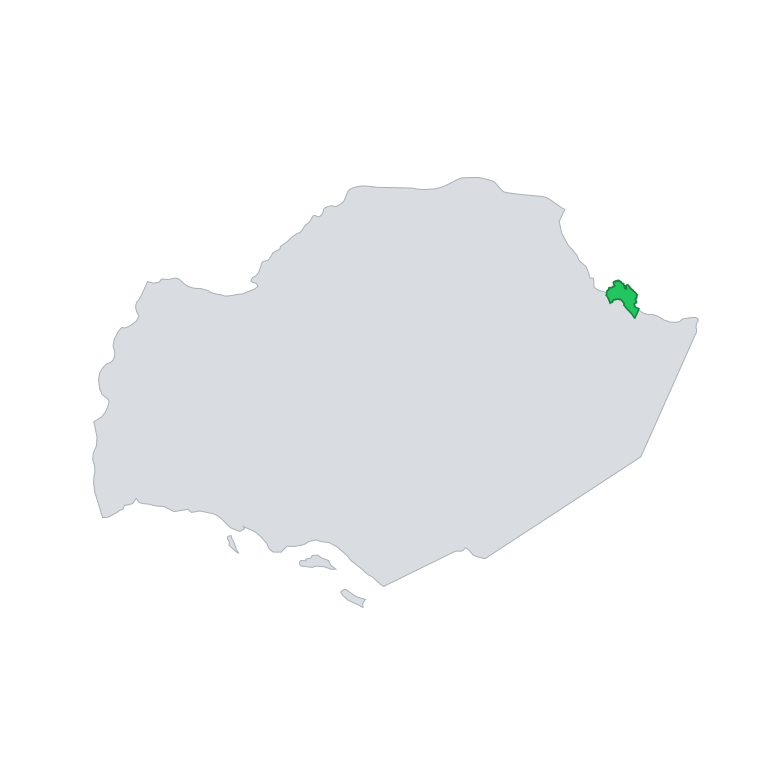 Ngara, Kagera, United Republic of Tanzania shown in context, rotated 114°
{"feature_id": "72390352B68533256720623", "entity_name": "Ngara", "entity_type": "district", "adm_level": 2, "iso_a3": "TZA", "parent_name": "United Republic of Tanzania", "parent_adm1": "Kagera", "projection": "natural_earth1", "projection_center": [30.671, -2.626], "detail": "fine", "context": "in_parent", "style": "filled", "palette": "green", "viewbox_px": 768, "rotation_deg": 114, "n_neighbors": 0, "source": "geoboundaries", "source_scale": "gbopen_adm2", "svg_char_len": 8372}
<svg xmlns="http://www.w3.org/2000/svg" viewBox="0 0 768 768"><g transform="rotate(114 384 384)"><path d="M300.5,534.6L293.5,530.4L287.3,527.8L282.1,524.9L279.8,522.2L275.0,521.1L270.8,520.6L266.9,518.1L259.0,517.1L258.1,515.4L258.0,511.6L256.6,510.6L253.7,509.6L250.6,509.7L248.7,510.2L247.6,509.9L245.0,507.7L242.6,504.8L241.7,500.3L238.0,497.3L233.8,495.0L222.2,495.3L220.4,494.6L217.6,492.3L214.4,488.4L211.7,484.1L209.5,478.2L207.1,470.2L193.7,438.4L192.3,432.4L189.7,425.7L185.5,417.6L180.9,411.5L174.8,406.0L167.8,400.5L164.0,396.8L156.9,381.8L155.4,374.8L154.3,367.6L154.7,364.6L159.2,355.3L159.7,352.6L159.1,349.1L156.9,341.6L154.1,332.6L148.4,316.1L147.6,312.0L147.7,308.9L151.0,292.1L150.9,289.8L164.3,290.1L174.1,282.8L182.6,271.8L184.3,267.3L187.8,260.3L191.2,256.8L192.5,254.3L194.5,247.3L198.9,242.6L203.3,238.9L202.4,236.4L203.0,235.4L205.4,233.6L210.0,231.8L210.9,228.2L210.9,224.0L210.2,221.7L210.3,219.0L209.6,217.5L206.6,217.2L202.1,215.1L198.3,214.2L195.8,213.0L194.8,212.1L194.4,209.6L196.5,203.2L194.4,200.6L199.1,190.0L200.0,188.7L201.6,188.5L204.3,187.4L206.8,186.9L208.9,187.3L210.4,186.8L211.7,185.7L212.8,182.1L213.7,176.0L213.2,171.1L211.3,167.4L210.7,161.6L211.6,153.8L211.0,147.4L208.8,142.3L206.7,139.2L203.3,137.8L198.0,129.9L196.4,126.1L196.7,123.7L198.5,122.7L201.9,123.1L205.0,122.2L208.0,120.0L210.9,119.4L212.4,119.7L346.0,119.7L502.2,220.5L502.8,221.7L504.1,230.4L503.8,233.4L501.4,238.4L500.7,241.0L500.6,242.8L501.2,243.5L503.3,243.8L505.0,245.0L505.6,245.9L507.0,249.7L508.7,251.6L567.9,301.0L569.2,301.8L568.4,305.9L565.0,316.0L564.8,320.2L563.5,325.1L562.2,328.4L558.7,342.6L555.8,347.9L551.9,360.3L551.2,369.8L553.4,376.4L554.1,382.7L558.7,388.8L562.3,391.0L564.8,393.8L569.1,400.2L571.6,406.6L579.5,409.7L582.6,416.9L581.4,421.8L577.7,425.9L574.3,432.5L571.5,441.3L571.4,454.6L573.2,452.5L577.4,455.8L577.8,465.6L573.5,477.0L572.1,482.4L571.9,487.0L574.9,500.6L579.6,507.6L579.2,509.8L578.0,511.6L586.0,523.9L585.3,534.7L588.2,543.0L589.5,550.2L591.4,555.8L591.8,559.6L589.3,563.9L595.2,564.9L598.6,568.4L600.2,571.7L604.4,571.6L606.7,573.8L610.0,575.7L617.3,581.3L619.3,584.1L620.4,586.8L600.2,604.4L592.8,608.9L587.6,611.0L582.1,612.2L576.8,614.9L571.7,619.3L565.3,621.5L557.6,621.5L549.4,624.5L536.5,633.7L529.0,628.6L523.1,627.0L516.4,627.2L512.3,627.8L510.8,628.9L509.5,632.0L508.4,637.1L503.9,641.9L496.1,646.6L488.9,648.3L482.4,647.2L478.0,645.2L475.7,642.5L472.3,641.3L467.8,641.5L463.5,643.4L459.3,647.1L452.7,648.6L443.7,648.1L438.9,646.4L438.2,643.3L434.3,639.8L427.1,635.7L421.7,635.6L418.3,639.5L415.2,642.0L412.3,643.0L409.8,643.1L406.1,642.1L396.2,641.6L386.7,641.8L385.8,636.1L383.8,632.7L382.1,630.6L378.9,630.1L378.0,628.5L376.9,625.0L375.3,622.0L373.2,619.5L371.9,617.2L371.5,615.1L371.8,612.8L373.8,607.0L374.5,603.0L374.2,598.9L373.2,594.7L371.0,589.8L371.2,588.3L370.5,585.0L370.4,582.6L370.8,579.6L370.4,575.7L368.5,567.4L368.5,565.3L366.5,561.3L360.2,551.8L359.9,550.6L350.1,541.0L346.1,538.9L344.7,540.7L344.2,542.4L344.6,545.4L344.3,546.9L343.9,547.6L341.6,547.5L340.1,547.2L336.4,544.6L333.5,544.0L326.3,544.4L323.7,545.0L321.7,544.5L317.9,540.1L313.4,539.2L309.4,538.9L302.8,533.9L300.5,534.6ZM580.7,374.9L583.9,385.4L583.4,387.4L581.1,388.6L579.9,388.7L578.5,387.0L577.5,383.5L575.8,384.3L572.8,380.1L569.9,379.9L567.3,374.8L568.3,370.4L567.8,362.9L571.0,359.1L572.8,352.6L574.8,357.0L575.2,363.9L578.0,372.0L580.7,374.9ZM596.6,312.3L596.8,314.8L596.2,317.2L596.3,324.6L596.0,329.6L593.6,336.4L591.6,338.9L589.8,338.2L588.3,337.0L587.2,335.2L589.6,322.6L588.4,313.4L593.0,314.3L596.6,312.3ZM589.3,463.9L587.0,464.6L586.1,464.0L584.7,461.9L587.2,460.1L589.6,456.7L595.2,451.7L597.8,447.7L597.3,451.6L594.2,460.2L591.5,460.7L589.3,463.9Z" fill="#d9dde1" stroke="#a8b0b8" stroke-width="1"/><path d="M221.8,181.6L220.3,181.6L219.4,181.6L219.2,181.6L217.9,181.6L217.3,181.5L216.9,181.6L216.2,181.6L215.6,181.7L214.8,181.5L214.3,181.6L214.0,181.5L213.4,181.7L212.9,181.6L212.5,181.6L211.5,181.6L211.5,183.6L211.5,184.3L211.5,184.8L211.6,185.2L211.6,185.5L211.4,185.7L211.4,185.8L211.3,186.1L211.0,186.6L210.9,186.7L210.5,186.8L210.3,186.9L210.1,187.2L209.9,187.4L209.7,187.5L209.5,187.9L209.3,188.1L209.0,188.1L208.8,187.7L208.6,187.7L208.2,187.5L207.8,187.3L207.5,186.7L207.1,186.6L207.0,186.4L206.9,186.4L206.6,186.5L206.4,186.6L206.1,186.7L205.8,187.0L205.8,187.4L205.4,188.0L205.2,188.2L205.0,188.3L204.9,188.5L204.6,188.6L204.5,188.9L204.4,189.0L204.1,189.0L203.8,188.8L203.7,188.6L203.2,188.5L203.0,188.3L202.8,188.3L202.6,188.5L202.2,188.3L201.9,188.5L201.6,188.5L201.2,189.1L200.6,189.3L200.2,189.1L199.7,188.9L199.5,189.1L199.4,189.0L199.1,189.9L198.6,190.7L198.5,191.1L198.1,191.7L198.0,191.9L198.0,192.2L197.8,192.8L197.7,193.4L197.7,193.6L197.7,193.9L197.6,194.0L197.5,194.6L197.0,194.7L196.9,194.9L197.0,195.7L197.0,196.4L196.8,196.4L196.7,196.6L196.6,197.0L196.3,197.3L196.2,197.8L196.1,198.0L195.8,198.3L195.7,198.7L195.3,199.3L194.9,200.3L194.3,201.1L194.2,201.5L194.4,201.9L194.5,202.2L194.7,202.4L194.9,202.3L195.2,202.4L195.3,202.4L195.5,202.8L195.9,203.0L196.3,202.7L196.5,202.4L197.1,202.1L197.3,202.0L197.6,201.8L197.8,201.7L198.2,201.3L198.4,201.2L198.6,201.2L198.8,201.3L198.8,201.5L198.7,202.2L198.7,202.4L198.5,202.5L198.5,202.8L198.4,202.8L198.4,203.0L198.2,203.0L198.0,203.4L197.8,203.2L197.8,203.3L197.8,203.6L197.5,203.8L197.5,204.0L197.4,204.0L197.2,204.2L197.1,204.3L196.9,204.5L196.7,204.2L196.4,204.3L196.2,204.3L196.2,204.6L196.1,205.1L195.6,205.5L195.3,205.6L195.1,205.6L195.1,206.0L194.9,206.1L195.0,206.3L195.3,206.8L195.3,207.0L195.2,207.2L195.1,207.3L195.1,207.6L195.1,207.9L195.1,208.0L195.0,208.4L195.0,208.5L195.0,208.4L194.9,208.3L194.7,208.4L194.8,208.5L194.7,208.7L194.7,208.9L194.5,209.0L194.3,209.3L194.4,209.2L194.5,209.2L194.5,209.4L194.4,209.7L194.4,209.9L194.3,210.1L194.3,210.3L194.2,210.2L194.2,210.3L194.0,210.5L194.1,210.8L193.9,210.9L193.9,211.0L194.0,211.2L194.0,211.3L193.9,211.5L193.9,211.8L194.1,211.8L194.1,212.0L194.4,211.8L194.5,211.7L194.7,211.9L194.8,212.0L194.8,212.3L194.9,212.5L194.9,213.0L195.0,213.2L194.9,213.3L195.1,213.5L195.4,213.7L195.5,213.9L195.8,213.7L196.0,214.0L195.8,214.3L196.0,214.4L196.3,214.4L196.2,214.6L196.4,214.6L196.5,214.9L196.7,215.0L196.8,215.3L196.9,215.5L197.1,215.6L197.3,215.6L197.8,215.9L198.3,215.4L198.6,215.3L198.9,214.9L199.0,214.8L199.3,214.9L199.9,213.9L200.4,213.3L200.5,213.1L200.9,212.9L201.0,213.0L201.1,213.4L201.3,213.5L201.4,213.8L201.6,213.9L201.7,214.0L201.9,214.3L202.0,214.3L202.4,214.5L202.6,214.5L202.8,214.6L202.9,214.9L203.2,215.0L203.6,215.7L203.9,215.8L203.8,216.5L203.9,216.8L204.0,217.0L204.4,217.2L204.5,217.5L204.8,217.8L205.0,217.8L205.2,217.6L205.3,217.5L205.5,217.4L205.6,217.2L206.4,216.8L206.7,217.2L206.8,217.4L207.1,217.6L207.3,217.8L207.6,217.8L207.9,217.9L208.1,218.2L209.0,217.9L209.3,218.0L209.8,217.7L210.1,217.7L210.5,217.5L210.9,217.5L211.1,217.3L211.5,217.3L211.8,217.1L212.1,217.0L212.3,217.2L212.6,217.2L212.7,216.6L212.8,216.5L213.0,216.1L213.1,215.9L213.4,215.6L213.5,215.3L213.6,215.2L213.8,214.9L214.1,214.6L214.4,214.4L214.5,214.2L214.9,213.6L215.0,213.6L215.2,213.4L215.3,213.0L215.4,212.9L215.6,212.7L216.0,212.5L216.2,212.4L216.4,212.1L216.5,212.1L216.6,211.9L216.8,211.6L217.3,211.1L217.5,211.0L217.8,210.9L218.0,210.7L218.3,210.2L218.1,210.1L217.9,210.1L217.4,209.9L217.1,209.6L217.0,209.2L216.9,209.1L216.2,208.5L215.9,208.4L215.8,208.5L215.5,208.8L215.4,208.8L215.0,208.8L214.5,208.7L214.2,208.5L213.8,208.5L213.7,208.4L213.5,208.2L213.5,207.9L213.4,207.6L213.3,207.3L213.1,207.1L212.3,206.8L212.1,206.6L212.2,206.3L212.3,206.2L211.7,205.6L211.4,205.2L211.4,204.7L211.1,204.4L211.1,204.1L211.1,203.6L211.3,203.3L211.0,203.1L210.5,202.7L210.4,202.4L210.5,202.3L210.6,202.2L210.8,201.4L210.8,201.2L210.9,200.7L211.1,200.4L211.3,200.5L211.4,200.4L211.7,199.9L211.8,199.5L212.0,198.9L212.1,198.6L212.1,198.3L212.1,198.0L212.3,197.6L212.8,197.7L213.1,197.4L213.3,197.2L213.6,197.1L214.2,197.0L214.5,196.9L214.7,196.4L214.9,195.8L215.2,195.4L215.3,195.1L215.5,194.7L215.7,194.3L216.0,194.0L216.1,193.8L216.1,193.5L216.3,192.7L216.6,192.4L216.9,191.9L217.1,191.5L217.2,191.3L217.1,191.0L217.2,190.7L217.3,190.5L217.5,190.2L217.6,189.6L217.9,189.0L217.9,189.4L218.1,188.8L218.5,188.1L218.6,187.6L219.1,186.5L219.2,186.0L220.0,185.0L220.2,184.5L220.7,183.9L221.5,182.4L221.8,181.9L221.8,181.6Z" fill="#22c55e" stroke="#15803d" stroke-width="1.5"/></g></svg>